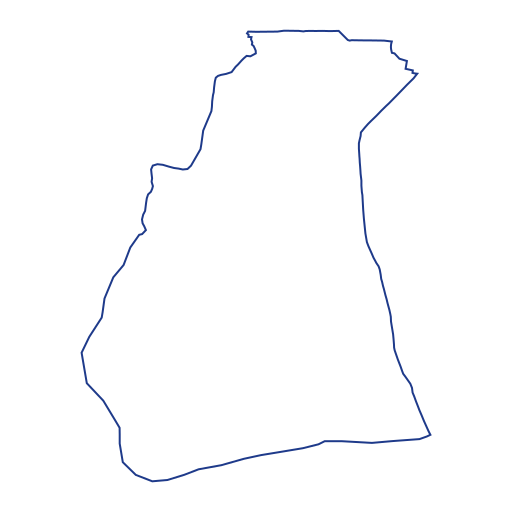 the district of Debubawi Mierab, Maekel, Eritrea
{"feature_id": "51966322B83108029246772", "entity_name": "Debubawi Mierab", "entity_type": "district", "adm_level": 2, "iso_a3": "ERI", "parent_name": "Eritrea", "parent_adm1": "Maekel", "projection": "orthographic", "projection_center": [38.916, 15.31], "detail": "fine", "context": "isolated", "style": "outline", "palette": "blue", "viewbox_px": 512, "rotation_deg": 0, "n_neighbors": 0, "source": "geoboundaries", "source_scale": "gbopen_adm2", "svg_char_len": 2543}
<svg xmlns="http://www.w3.org/2000/svg" viewBox="0 0 512 512"><path d="M119.6,427.8L119.7,434.5L119.7,443.6L122.8,462.2L135.8,474.9L152.3,481.3L167.4,480.0L184.3,474.8L198.6,469.3L221.3,465.2L243.9,458.8L261.1,455.1L267.2,454.1L281.2,451.8L286.6,450.9L302.9,448.2L318.5,444.3L324.7,441.2L341.8,441.2L371.9,442.9L392.3,441.1L419.5,439.1L426.8,436.5L430.4,434.8L428.5,431.1L426.7,427.1L424.0,421.1L421.4,414.8L419.4,410.2L418.2,407.0L415.9,401.1L414.2,396.4L412.6,392.6L412.0,387.9L410.3,383.7L405.3,376.6L403.2,373.8L402.1,370.9L400.6,366.6L397.8,359.4L394.7,350.4L394.1,347.6L394.0,344.8L393.6,339.7L393.1,334.3L391.0,321.5L390.8,316.8L390.3,314.1L389.4,310.0L387.6,303.4L386.6,299.2L385.4,295.0L383.9,289.0L383.0,285.9L382.1,281.9L381.2,278.9L380.7,274.8L379.7,269.4L378.6,266.3L376.3,262.9L375.1,260.6L373.5,257.7L371.8,253.7L369.7,249.0L368.4,246.1L366.9,242.1L365.9,236.3L365.4,233.4L363.9,218.7L363.2,209.9L362.6,199.0L362.4,195.1L361.9,192.2L361.7,189.6L361.4,185.7L361.4,180.5L360.6,173.8L360.4,170.4L360.1,166.2L359.8,162.7L359.6,158.9L359.4,156.5L359.2,153.2L358.9,148.8L358.9,146.2L358.9,143.3L359.6,140.0L360.6,136.0L360.9,132.4L365.0,127.4L368.1,123.9L370.9,121.1L376.3,115.9L381.5,110.5L386.2,105.9L388.9,103.4L393.9,98.3L395.9,96.3L407.1,84.7L413.6,78.3L417.2,73.7L414.6,73.4L412.5,72.9L412.8,70.4L405.6,68.8L406.9,61.0L399.4,58.7L394.5,53.4L391.9,52.8L391.1,49.3L390.9,47.0L391.1,44.1L391.8,41.5L384.0,40.6L377.1,40.5L369.1,40.4L365.0,40.4L357.7,40.3L351.6,40.2L349.7,40.6L347.8,40.0L338.7,30.9L330.0,31.1L322.7,30.9L314.8,31.0L312.5,30.9L305.8,31.0L303.4,31.4L298.9,30.9L284.1,30.7L281.0,31.1L277.4,31.6L256.3,31.8L248.2,31.6L247.0,33.4L248.6,34.7L248.4,36.9L251.5,37.1L251.0,39.3L252.3,42.4L251.9,44.6L253.6,46.0L254.6,48.1L255.7,50.7L255.8,53.4L250.4,56.3L246.6,55.9L243.8,58.3L241.5,60.6L239.9,62.4L238.0,64.5L235.6,66.8L231.6,72.1L226.1,73.9L221.0,74.9L218.0,75.9L215.8,77.7L214.9,81.3L214.1,87.4L213.7,92.3L213.0,95.1L212.2,101.2L211.9,107.0L211.4,111.1L203.2,130.6L201.3,144.4L200.5,149.2L191.0,165.7L187.5,169.0L182.8,169.5L178.6,168.6L174.1,168.0L168.8,166.6L162.8,164.8L157.4,164.2L152.8,165.6L151.1,169.4L151.5,173.4L152.1,178.3L151.6,181.8L152.9,186.1L152.2,188.8L150.9,191.8L148.1,194.4L146.8,198.3L146.1,202.8L145.5,207.7L145.1,210.9L143.2,214.6L142.0,219.4L142.6,223.3L144.2,226.2L145.9,230.1L142.1,234.1L139.2,234.8L130.3,247.5L123.6,265.0L113.3,277.3L104.5,298.5L102.6,312.3L101.7,317.6L89.3,336.8L81.6,352.7L86.8,383.2L103.3,400.7L115.2,420.4L119.6,427.8Z" fill="none" stroke="#1e3a8a" stroke-width="2"/></svg>